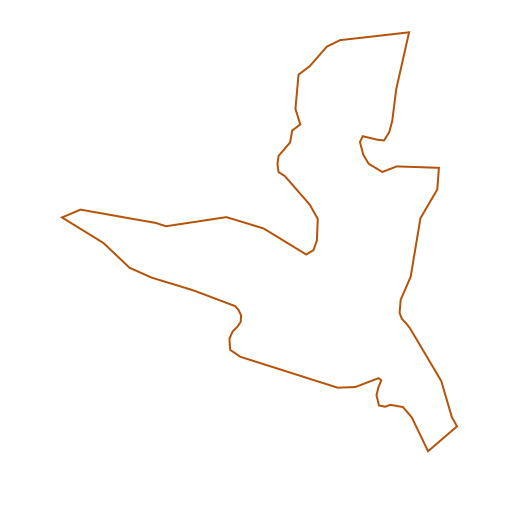 an SVG outline of Kranj, rotated 355°
{"feature_id": "SVN-1013", "entity_name": "Kranj", "entity_type": "Municipality", "adm_level": 1, "iso_a3": "SVN", "parent_name": "Slovenia", "parent_adm1": "", "projection": "mercator", "projection_center": [14.335, 46.256], "detail": "fine", "context": "isolated", "style": "outline", "palette": "amber", "viewbox_px": 512, "rotation_deg": 355, "n_neighbors": 0, "source": "natural_earth", "source_scale": "10m", "svg_char_len": 1035}
<svg xmlns="http://www.w3.org/2000/svg" viewBox="0 0 512 512"><g transform="rotate(355 256 256)"><path d="M429.7,396.8L437.0,433.4L441.4,443.2L410.4,465.5L397.2,430.5L389.2,419.3L377.0,416.0L371.4,417.4L365.5,415.6L363.9,405.2L366.7,397.0L370.0,390.8L367.4,388.4L343.4,395.2L325.8,394.3L231.7,355.1L222.1,347.3L222.3,336.2L226.1,329.2L231.3,324.8L235.0,320.3L236.0,313.8L233.9,308.4L231.0,304.2L190.4,284.7L150.0,268.4L129.0,256.7L105.1,229.7L66.1,200.7L85.1,194.5L159.2,214.4L168.8,218.5L229.9,214.7L265.9,229.2L306.2,258.9L313.8,255.1L318.0,245.8L320.8,224.5L314.0,209.5L291.7,178.9L285.8,174.4L285.4,166.2L287.2,158.3L299.9,145.8L303.0,134.1L311.6,128.8L308.1,112.9L314.2,79.0L326.1,71.6L344.8,53.6L358.5,48.3L428.0,46.5L410.2,102.2L403.5,133.3L399.5,144.3L393.7,152.0L387.6,150.9L372.8,146.0L369.5,151.5L371.6,164.1L376.3,174.0L389.2,183.3L404.0,179.0L445.9,184.1L442.4,205.5L423.1,232.7L408.3,290.1L396.3,312.3L394.1,325.1L395.8,331.3L399.8,336.3L403.1,341.4L429.7,396.8Z" fill="none" stroke="#b45309" stroke-width="2"/></g></svg>